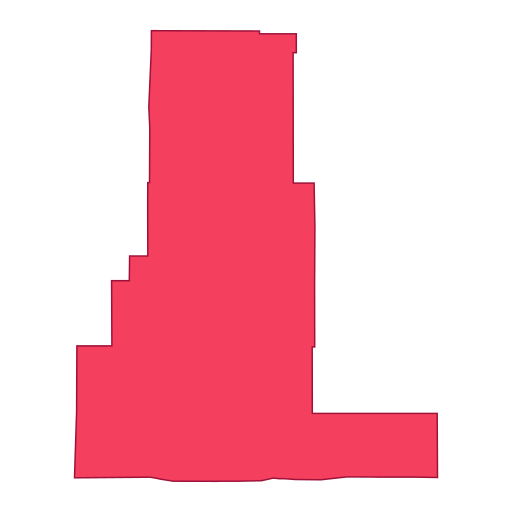 Park, Montana, United States of America (Equal Earth projection)
{"feature_id": "52423323B27264178568267", "entity_name": "Park", "entity_type": "district", "adm_level": 2, "iso_a3": "USA", "parent_name": "United States of America", "parent_adm1": "Montana", "projection": "equal_earth", "projection_center": [-110.469, 45.592], "detail": "fine", "context": "isolated", "style": "filled", "palette": "rose", "viewbox_px": 512, "rotation_deg": 0, "n_neighbors": 0, "source": "geoboundaries", "source_scale": "gbopen_adm2", "svg_char_len": 769}
<svg xmlns="http://www.w3.org/2000/svg" viewBox="0 0 512 512"><path d="M74.5,477.8L150.2,477.2L157.1,478.4L160.2,479.1L173.4,481.2L218.0,481.3L219.5,481.2L236.7,481.2L261.5,480.7L273.2,478.1L279.2,478.7L284.3,478.7L295.3,479.5L320.7,479.8L346.8,476.9L371.1,477.0L371.4,477.0L378.4,477.1L380.3,477.1L415.0,477.1L437.4,477.5L437.5,477.5L437.2,415.2L437.2,413.4L359.9,413.4L312.3,413.4L312.2,346.9L314.7,346.9L314.6,282.5L314.9,226.4L314.1,183.1L293.3,183.1L293.1,52.7L296.3,52.7L296.3,33.8L259.5,33.8L259.5,31.0L151.4,30.7L151.3,49.7L148.8,106.9L149.8,128.4L149.5,182.6L147.8,182.6L147.7,198.9L147.7,214.2L147.8,247.4L147.8,256.0L129.6,256.0L129.3,280.7L111.6,280.7L111.9,345.9L76.9,345.9L76.6,411.8L74.5,477.8Z" fill="#f43f5e" stroke="#9f1239" stroke-width="1.5"/></svg>